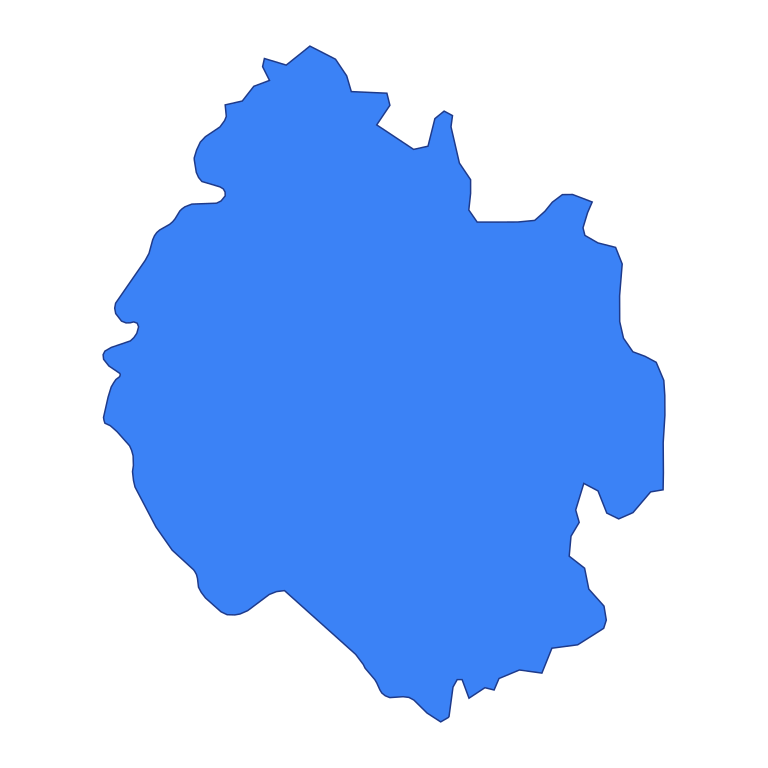 the border of Herefordshire
{"feature_id": "GBR-2775", "entity_name": "Herefordshire", "entity_type": "Unitary Authority", "adm_level": 1, "iso_a3": "GBR", "parent_name": "United Kingdom", "parent_adm1": "", "projection": "albers", "projection_center": [-2.802, 52.104], "detail": "fine", "context": "isolated", "style": "filled", "palette": "blue", "viewbox_px": 768, "rotation_deg": 0, "n_neighbors": 0, "source": "natural_earth", "source_scale": "10m", "svg_char_len": 2282}
<svg xmlns="http://www.w3.org/2000/svg" viewBox="0 0 768 768"><path d="M155.6,526.3L135.0,487.0L133.5,480.5L132.5,471.6L133.4,465.5L133.1,455.8L131.6,450.3L129.6,445.8L117.0,431.6L110.3,425.7L104.9,423.2L104.0,420.3L103.5,417.5L108.1,397.1L111.2,387.0L113.6,382.9L115.9,379.5L119.6,376.7L120.3,374.8L119.8,373.4L108.9,366.0L103.6,359.3L103.1,354.7L104.9,351.1L111.3,347.4L130.4,340.9L133.9,337.6L136.8,333.3L138.6,326.8L137.2,323.2L133.7,321.9L130.2,322.8L126.0,322.9L121.5,321.1L115.7,313.6L114.7,308.2L115.6,303.2L145.2,260.4L149.0,253.4L152.7,239.8L154.5,235.7L156.8,232.5L159.8,229.9L169.7,224.3L172.7,221.7L175.0,218.9L179.9,210.9L182.1,208.8L185.1,206.7L191.9,204.1L216.5,203.2L221.0,201.0L225.2,195.9L225.1,192.1L223.3,188.9L220.0,186.9L201.9,181.5L198.6,177.5L196.3,172.4L194.3,160.0L194.2,158.0L196.6,150.0L200.3,142.1L205.4,136.7L220.0,126.9L224.6,120.6L226.3,116.4L225.2,105.1L224.6,105.0L242.3,101.0L253.8,86.3L269.5,80.4L262.6,66.7L264.4,58.5L286.2,65.1L309.9,46.1L335.5,59.2L346.7,75.9L351.3,91.6L386.9,93.2L389.9,105.3L376.7,124.9L413.6,149.4L428.0,146.2L434.9,118.6L444.1,111.1L452.5,115.6L451.0,126.8L459.4,163.1L470.6,179.7L470.6,193.4L468.8,210.0L477.2,222.1L495.8,222.1L518.0,222.0L534.7,220.4L544.9,211.3L552.3,202.2L562.4,194.6L572.6,194.5L592.2,202.0L587.6,212.6L583.0,227.8L584.9,235.4L597.9,242.9L615.6,247.4L622.2,264.0L619.6,295.8L619.7,321.6L623.5,338.2L632.9,351.8L645.0,356.3L656.2,362.3L663.8,380.4L664.8,395.5L664.9,415.3L663.2,442.6L663.4,472.9L663.1,489.8L650.6,491.9L633.0,512.6L618.7,518.9L606.8,513.1L598.0,490.9L583.8,483.4L575.7,510.0L579.2,522.4L571.0,536.2L569.2,556.2L584.6,568.2L588.8,589.1L604.0,606.1L606.3,620.1L603.7,628.3L577.7,644.8L551.9,648.2L541.9,673.1L519.4,670.0L499.0,678.5L494.1,690.0L484.9,687.7L469.0,698.2L462.1,679.6L457.2,679.6L453.0,687.1L449.0,716.6L448.8,716.8L448.3,717.5L440.7,721.9L427.1,713.1L413.8,700.0L408.9,697.4L403.1,696.7L389.8,697.6L385.3,695.8L381.9,693.1L379.9,689.9L376.8,683.0L374.8,679.6L365.1,668.2L363.3,664.5L355.7,654.4L284.5,590.6L276.5,591.6L269.2,594.5L247.6,610.7L240.0,614.0L234.9,614.9L227.1,614.7L221.0,611.8L205.5,598.0L201.2,592.3L198.5,587.2L197.5,578.5L196.5,574.6L194.8,571.5L193.6,569.8L172.2,550.2L155.9,526.9L155.6,526.3Z" fill="#3b82f6" stroke="#1e3a8a" stroke-width="1.5"/></svg>